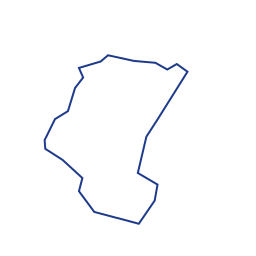 map outline of Kirklees (Mercator projection), rotated 137°
{"feature_id": "GBR-5671", "entity_name": "Kirklees", "entity_type": "Metropolitan Borough", "adm_level": 1, "iso_a3": "GBR", "parent_name": "United Kingdom", "parent_adm1": "", "projection": "mercator", "projection_center": [-1.78, 53.64], "detail": "fine", "context": "isolated", "style": "outline", "palette": "blue", "viewbox_px": 256, "rotation_deg": 137, "n_neighbors": 0, "source": "natural_earth", "source_scale": "10m", "svg_char_len": 455}
<svg xmlns="http://www.w3.org/2000/svg" viewBox="0 0 256 256"><g transform="rotate(137 128 128)"><path d="M122.9,205.4L102.7,195.3L93.0,194.8L77.9,173.0L63.5,157.0L59.4,144.0L48.7,141.5L46.1,128.6L101.0,114.0L120.5,109.1L151.5,88.4L145.0,66.5L158.0,56.7L185.4,50.6L209.9,89.6L207.0,115.2L195.5,122.5L197.6,149.2L202.7,169.2L197.2,176.0L175.3,184.3L160.4,181.3L139.4,193.4L126.4,195.5L122.9,205.4Z" fill="none" stroke="#1e3a8a" stroke-width="2"/></g></svg>